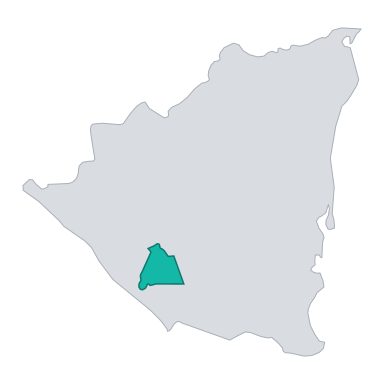 Granada on a map of Nicaragua (Mercator projection)
{"feature_id": "NIC-655", "entity_name": "Granada", "entity_type": "Department", "adm_level": 1, "iso_a3": "NIC", "parent_name": "Nicaragua", "parent_adm1": "", "projection": "mercator", "projection_center": [-85.973, 11.905], "detail": "fine", "context": "in_parent", "style": "filled", "palette": "teal", "viewbox_px": 384, "rotation_deg": 0, "n_neighbors": 0, "source": "natural_earth", "source_scale": "10m", "svg_char_len": 2880}
<svg xmlns="http://www.w3.org/2000/svg" viewBox="0 0 384 384"><path d="M361.0,29.0L358.9,31.9L356.6,33.7L351.8,43.0L350.1,43.8L349.8,37.0L347.0,36.1L343.6,38.5L341.8,42.0L344.7,46.6L347.2,46.7L350.3,47.9L358.7,79.6L356.9,85.2L351.7,94.0L346.8,101.4L341.9,106.1L335.8,126.0L330.3,158.2L334.2,187.1L332.2,213.8L334.0,220.1L334.5,228.0L330.4,229.4L328.1,229.2L325.8,224.3L326.1,220.1L328.5,215.1L329.5,208.4L328.3,204.9L325.9,212.6L321.7,216.0L319.0,217.2L316.3,221.1L319.1,228.4L322.8,233.7L324.0,237.6L322.6,242.1L321.8,257.7L320.5,257.2L319.2,255.1L315.3,255.0L314.8,261.3L315.1,264.8L311.9,267.5L310.7,270.2L313.4,272.1L316.3,273.2L320.0,273.0L323.0,280.7L324.0,286.9L317.0,292.7L314.6,297.5L310.6,303.3L308.4,309.0L307.8,313.1L310.5,326.0L315.3,335.2L319.3,341.0L324.7,342.3L323.4,348.4L319.4,352.3L312.0,355.5L303.9,356.1L290.7,353.1L285.3,352.7L283.2,351.1L282.5,348.1L278.7,343.5L271.8,337.5L267.8,337.9L261.2,336.6L250.4,332.5L245.4,332.0L238.2,335.5L229.8,340.1L209.6,332.9L195.4,327.8L182.6,323.3L179.2,321.5L176.5,321.9L174.0,324.3L171.3,328.5L170.4,329.7L168.9,330.9L167.3,331.2L167.2,329.2L160.9,320.8L151.0,310.7L113.0,279.6L99.0,261.0L91.5,247.5L84.4,240.6L63.8,226.3L59.1,220.6L38.8,201.5L23.2,190.3L23.0,185.5L29.4,179.5L32.5,179.8L35.9,184.1L41.4,188.9L44.0,188.9L47.9,186.7L48.0,184.4L68.8,183.5L72.5,182.2L76.3,178.7L78.2,173.8L78.6,169.1L79.3,165.7L82.7,162.3L88.8,161.3L93.5,161.0L94.9,158.7L93.5,151.5L90.9,134.0L90.4,129.1L91.3,125.4L93.2,124.1L102.4,123.2L119.9,124.7L123.3,123.6L130.3,113.6L136.8,106.2L141.4,103.0L145.1,102.0L149.3,108.5L164.1,117.8L166.6,117.2L168.0,116.7L168.5,115.4L168.2,111.1L171.9,107.2L179.6,103.7L187.3,97.4L195.0,88.5L201.7,83.3L207.4,81.7L209.5,79.3L208.2,76.0L208.6,71.3L210.9,65.3L214.2,61.7L218.5,60.8L220.3,58.9L219.3,56.0L220.2,52.8L224.1,47.7L233.4,43.2L238.8,44.7L243.2,50.7L249.5,54.7L257.6,56.9L263.9,56.1L268.4,52.4L272.4,51.2L276.0,52.7L277.9,51.9L278.1,48.7L280.0,48.0L283.5,49.7L286.6,50.1L289.3,49.3L290.4,47.8L290.9,46.2L292.9,45.1L299.9,46.2L307.8,44.4L316.5,39.6L322.3,37.5L325.2,38.1L328.6,35.6L332.6,30.3L341.7,27.9L361.0,29.0Z" fill="#d9dde1" stroke="#a8b0b8" stroke-width="1"/><path d="M159.2,244.3L159.7,245.8L159.8,247.0L159.9,247.5L160.3,248.0L161.0,248.5L162.2,249.0L164.2,250.7L168.2,256.4L173.8,256.0L183.8,284.0L156.0,283.9L153.6,284.6L150.3,285.4L149.9,285.3L149.2,284.6L148.9,284.3L148.5,284.0L148.2,284.0L148.0,283.9L147.9,284.0L147.6,284.1L147.4,284.3L146.3,286.8L145.4,288.2L145.2,288.4L143.1,289.4L142.8,289.7L142.3,289.8L140.5,289.3L139.2,287.6L139.0,286.9L138.9,285.8L139.2,283.5L139.9,282.1L140.8,280.8L141.0,280.2L140.9,279.3L140.6,278.0L140.4,276.1L140.8,274.2L142.3,271.4L142.7,270.6L144.1,267.4L144.8,265.8L145.1,265.2L147.8,259.2L150.8,252.5L150.6,251.4L148.1,248.5L154.4,245.7L156.7,244.0L157.3,243.8L157.9,243.8L159.2,244.3Z" fill="#14b8a6" stroke="#0f766e" stroke-width="1.5"/></svg>